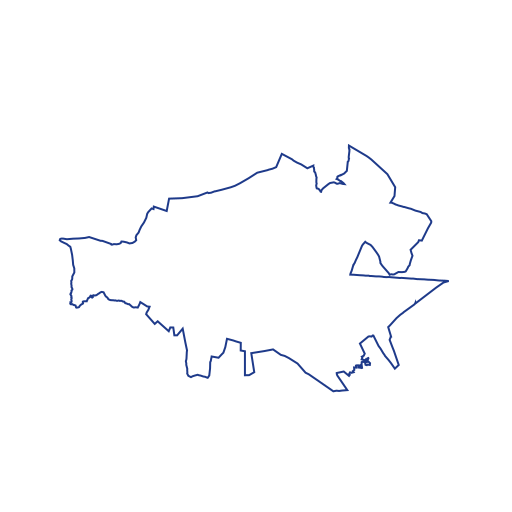 the district of Solosuchiapa, Chiapas, Mexico, rotated 291°
{"feature_id": "50627088B80636009912832", "entity_name": "Solosuchiapa", "entity_type": "district", "adm_level": 2, "iso_a3": "MEX", "parent_name": "Mexico", "parent_adm1": "Chiapas", "projection": "mercator", "projection_center": [-93.008, 17.395], "detail": "fine", "context": "isolated", "style": "outline", "palette": "blue", "viewbox_px": 512, "rotation_deg": 291, "n_neighbors": 0, "source": "geoboundaries", "source_scale": "gbopen_adm2", "svg_char_len": 6057}
<svg xmlns="http://www.w3.org/2000/svg" viewBox="0 0 512 512"><g transform="rotate(291 256 256)"><path d="M146.9,296.0L163.6,286.4L170.2,297.8L174.9,305.4L172.6,314.6L173.0,318.6L172.5,323.2L170.5,333.3L164.8,344.1L164.5,347.6L157.4,376.7L159.1,379.4L159.8,382.0L161.2,384.5L163.5,389.3L173.6,374.7L174.8,373.7L175.7,373.3L179.6,379.3L177.4,385.8L178.6,386.1L178.9,385.2L180.4,385.4L180.7,385.4L181.1,385.5L181.1,386.9L182.5,388.8L183.2,387.7L184.9,388.6L187.1,387.5L187.7,389.5L189.5,388.6L190.0,389.2L190.6,390.7L188.6,391.5L189.0,393.2L191.2,392.4L191.6,392.7L188.8,395.5L192.7,393.4L194.8,392.7L195.2,393.0L196.2,395.9L195.3,396.2L193.7,397.2L193.7,397.7L193.8,398.6L194.5,398.9L195.1,401.3L196.8,400.9L198.2,397.5L200.8,397.6L201.0,397.4L200.4,396.7L199.7,396.4L197.3,397.6L196.8,397.6L196.5,397.1L196.8,396.3L197.6,395.6L197.3,395.6L197.7,394.8L197.4,391.7L199.3,391.7L199.9,390.9L201.5,392.3L203.8,392.5L211.5,384.4L221.1,389.8L221.8,391.0L222.2,392.8L223.6,393.4L223.8,394.1L215.9,402.7L214.2,405.4L210.8,409.7L209.8,411.3L209.0,412.2L206.5,416.9L204.5,420.2L200.6,426.0L205.4,428.3L216.8,418.8L219.6,416.2L225.6,410.8L228.0,410.8L228.6,410.7L229.0,411.1L237.0,404.9L239.2,405.9L248.5,409.5L252.9,411.8L255.6,413.6L256.5,414.0L267.5,421.2L269.0,421.6L269.4,421.6L268.9,421.9L291.0,435.5L298.4,440.5L301.7,444.9L300.7,441.4L298.6,435.3L297.4,430.6L295.4,424.7L294.5,421.5L292.1,414.5L291.2,410.7L290.5,408.9L287.7,399.6L287.1,398.4L284.4,389.1L284.3,388.6L282.8,384.7L282.2,382.8L281.9,381.1L281.0,378.0L280.1,375.8L278.6,370.7L278.1,369.5L278.0,368.1L276.9,365.3L276.4,363.3L275.1,359.3L273.6,354.2L272.4,350.7L273.6,350.5L276.4,350.6L282.6,350.1L282.7,350.3L284.2,350.4L284.7,350.6L288.0,350.7L291.1,351.0L303.4,351.3L304.9,351.6L308.4,352.9L308.1,353.6L307.8,355.2L307.4,359.0L306.2,361.5L302.6,367.1L301.0,369.4L299.6,371.1L295.2,374.2L294.1,374.6L292.8,376.4L291.8,378.0L287.6,386.0L286.4,387.5L287.4,388.7L287.8,390.5L288.4,391.6L292.1,394.7L293.2,398.0L294.5,400.5L295.3,401.3L298.9,401.9L300.7,402.0L302.4,402.7L304.0,402.4L307.7,402.1L312.3,402.0L314.6,400.0L317.2,398.1L327.1,402.5L329.1,402.5L329.8,405.3L343.5,406.6L349.9,407.6L351.3,407.2L356.2,400.4L356.2,398.4L355.7,396.0L356.1,393.9L355.5,388.5L355.6,383.7L355.3,381.6L354.9,376.7L354.7,376.3L354.6,374.4L354.2,370.8L354.2,369.0L354.1,367.9L354.2,366.9L354.3,366.8L354.4,363.6L354.0,362.4L361.6,363.8L370.1,361.3L379.5,349.3L387.4,329.1L388.4,325.8L389.0,323.3L392.4,303.2L390.1,304.0L389.1,305.0L388.8,304.9L387.8,305.5L381.5,307.1L380.3,307.7L380.3,307.9L377.8,308.3L376.6,307.9L376.2,308.1L368.0,310.3L365.7,309.2L364.8,308.9L361.8,306.3L362.0,306.1L359.6,303.8L359.2,303.6L358.6,303.7L357.8,304.1L356.8,303.7L356.8,305.2L356.2,307.7L356.4,308.4L355.4,311.6L354.8,312.7L354.4,311.2L354.1,308.1L353.2,307.0L352.5,305.9L352.4,305.2L352.7,304.1L352.7,302.3L350.7,299.0L349.2,297.9L343.2,294.4L341.3,293.7L340.5,293.6L339.3,293.8L339.2,293.3L340.1,292.2L341.0,290.6L341.1,289.8L340.9,288.5L341.8,287.8L343.4,286.9L345.5,286.6L346.1,286.1L347.0,285.7L349.8,284.7L350.9,284.5L352.3,283.3L353.2,282.8L355.2,281.3L355.7,280.1L357.8,279.2L358.5,278.7L359.3,278.4L359.9,277.4L360.9,277.1L356.3,272.5L357.7,265.4L357.9,260.8L358.5,256.9L359.2,254.9L360.6,243.5L346.2,243.0L343.4,240.1L341.2,237.0L340.3,236.0L334.2,227.3L325.9,221.2L318.1,214.9L314.0,211.2L311.1,207.8L305.6,200.3L301.8,194.8L301.6,194.3L299.0,191.4L297.7,189.1L297.9,187.9L290.9,180.1L283.5,166.3L278.4,154.3L266.0,156.5L265.5,142.9L263.1,143.5L263.0,141.5L258.2,139.6L256.4,139.3L252.3,139.9L247.1,139.4L242.5,138.3L238.8,138.0L235.8,138.0L232.6,136.9L230.3,137.0L227.8,138.5L226.0,137.7L223.9,136.0L222.4,133.4L222.4,130.5L221.9,127.2L221.3,125.2L219.5,125.0L218.2,123.7L217.0,121.7L216.2,119.1L214.9,117.4L214.9,116.7L215.3,116.4L215.1,107.2L214.5,105.4L213.9,93.4L211.6,89.9L208.9,84.4L206.6,79.0L203.9,73.5L203.1,69.6L202.4,67.9L201.7,67.1L200.4,67.1L199.8,68.7L199.5,72.1L199.3,75.1L198.5,77.4L198.1,79.3L196.5,80.5L191.2,83.9L186.3,86.5L182.2,88.5L179.3,90.8L175.5,92.3L171.1,91.8L168.9,92.6L168.0,92.7L166.6,92.4L164.7,93.3L163.9,93.4L162.1,94.5L161.1,94.8L160.5,95.2L160.2,95.7L159.3,96.5L158.8,96.6L157.7,96.1L156.9,96.5L156.2,96.6L154.8,96.7L154.7,96.4L153.8,96.4L153.0,97.3L152.7,97.9L152.2,98.2L151.6,98.2L151.1,98.4L151.1,98.7L150.7,99.0L148.9,99.2L148.0,100.0L147.1,100.2L146.8,100.1L146.3,99.4L146.1,99.6L145.1,99.6L144.7,100.0L144.6,100.7L144.9,101.1L145.2,101.6L144.9,103.5L145.1,103.9L145.1,105.3L143.5,106.5L143.5,107.1L144.5,108.7L144.9,109.1L146.5,109.4L147.9,110.1L149.6,111.5L149.9,111.5L150.8,110.8L151.3,110.7L151.7,111.0L152.3,112.2L153.1,114.2L153.7,114.1L154.7,114.3L156.1,114.3L156.7,114.5L157.0,115.0L158.3,115.6L159.7,115.8L159.8,116.4L159.5,116.6L158.9,116.9L158.5,117.3L158.5,118.0L159.3,118.4L159.9,117.8L160.4,117.7L160.6,117.8L161.2,118.5L161.2,119.4L161.5,120.0L161.8,120.3L162.0,120.8L163.0,121.6L164.2,122.3L164.7,122.8L165.7,123.4L167.0,124.5L167.2,124.9L167.5,126.7L164.9,129.6L164.3,130.7L164.1,131.6L163.5,132.8L162.9,133.4L162.6,134.7L162.7,136.1L163.6,138.9L163.7,139.7L164.1,140.4L164.3,142.1L164.5,142.7L165.3,143.9L165.3,145.1L165.7,145.7L166.0,146.5L165.8,148.1L166.1,149.0L166.1,149.5L165.5,150.1L165.1,151.0L165.3,151.6L165.2,154.0L165.6,154.9L164.1,158.8L164.1,160.4L165.0,162.0L165.5,164.1L169.3,164.5L171.5,164.5L170.7,168.6L169.9,172.5L170.5,174.8L167.2,174.8L164.2,174.2L162.3,174.3L156.3,185.8L159.8,187.6L154.5,201.5L158.6,201.6L159.6,204.4L152.7,208.2L153.7,210.8L161.9,213.6L150.0,221.0L143.5,225.2L143.3,225.4L141.6,225.8L135.5,227.8L134.2,228.1L132.7,228.2L130.6,229.5L129.4,229.9L126.0,232.3L124.7,232.7L122.8,233.6L121.6,233.9L119.9,235.8L119.6,238.7L120.9,239.8L122.3,241.5L124.2,244.1L124.2,245.5L124.5,247.0L124.6,249.9L125.0,251.8L124.9,254.4L125.0,254.6L127.7,255.2L134.6,253.4L140.5,251.3L141.9,251.4L144.4,250.9L144.9,250.9L146.3,250.6L147.6,257.5L152.0,259.3L154.0,260.2L159.9,260.0L168.3,258.6L169.0,265.1L169.1,268.1L169.5,272.9L162.3,275.6L163.1,279.8L140.7,288.4L142.3,292.3L146.9,296.0Z" fill="none" stroke="#1e3a8a" stroke-width="2"/></g></svg>